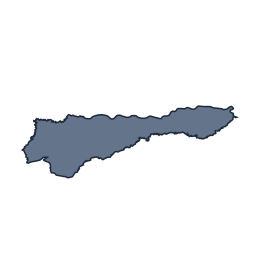 outline of Aruanã, Goiás, Brazil, rotated 75°
{"feature_id": "56859067B62822516330396", "entity_name": "Aruanã", "entity_type": "district", "adm_level": 2, "iso_a3": "BRA", "parent_name": "Brazil", "parent_adm1": "Goiás", "projection": "natural_earth1", "projection_center": [-50.939, -14.716], "detail": "fine", "context": "isolated", "style": "filled", "palette": "slate", "viewbox_px": 256, "rotation_deg": 75, "n_neighbors": 0, "source": "geoboundaries", "source_scale": "gbopen_adm2", "svg_char_len": 5975}
<svg xmlns="http://www.w3.org/2000/svg" viewBox="0 0 256 256"><g transform="rotate(75 128 128)"><path d="M109.1,163.3L107.9,166.2L107.0,167.5L105.7,167.8L105.1,168.6L105.5,169.1L105.3,169.7L104.8,169.9L104.5,170.9L103.9,171.2L104.5,172.8L104.0,174.0L103.2,175.1L102.8,176.5L101.6,177.5L101.4,178.3L101.6,179.6L100.9,180.2L99.8,181.8L100.2,182.8L101.6,184.6L101.9,184.1L102.5,184.1L103.1,185.1L103.1,186.8L103.3,187.4L103.8,187.3L103.9,186.6L104.9,187.4L104.7,188.3L105.3,188.9L104.8,189.5L105.4,190.5L105.2,191.1L104.1,191.2L103.7,191.5L103.8,192.3L104.3,193.1L104.3,196.1L103.5,196.0L103.1,196.4L103.7,196.9L102.8,198.4L102.3,198.3L102.6,198.8L102.3,200.1L101.2,199.4L99.8,200.5L99.7,202.9L99.2,203.1L99.5,203.7L100.0,203.4L100.1,204.8L98.5,205.9L98.9,206.3L98.8,207.2L98.1,207.1L97.9,207.6L98.3,208.6L97.5,209.5L97.1,209.7L97.0,210.3L97.7,211.1L97.0,211.6L96.9,212.3L96.0,212.4L96.2,213.6L95.7,213.5L95.3,213.8L95.8,214.7L96.7,215.0L96.9,216.6L96.6,217.1L97.5,217.2L97.9,215.8L98.5,215.8L98.8,214.7L99.4,214.7L100.0,215.6L100.1,216.2L100.5,216.5L100.5,217.2L101.2,217.2L101.3,216.5L101.7,216.0L102.0,216.6L102.9,216.6L103.4,217.1L103.7,216.7L104.6,216.5L105.5,217.4L105.2,217.6L105.5,218.2L106.3,218.3L106.8,218.1L107.1,218.5L108.5,219.3L108.3,218.6L108.9,218.9L109.5,219.7L110.1,219.4L110.4,219.9L111.1,220.3L110.7,220.7L111.2,221.3L111.6,221.2L112.3,222.2L111.5,222.7L111.5,223.3L112.2,224.3L112.7,224.2L113.0,224.6L113.7,224.3L113.7,223.6L114.1,222.9L114.4,223.6L114.6,224.9L115.4,226.0L115.2,226.6L116.6,228.0L118.0,228.9L118.3,230.1L118.2,230.7L118.7,230.9L119.3,232.1L119.4,232.8L120.0,233.1L120.5,232.8L120.8,233.2L120.8,233.8L121.6,234.5L121.5,235.1L121.9,235.8L123.1,234.4L126.7,233.8L127.4,233.2L128.4,233.5L129.4,234.2L131.0,232.6L132.0,233.6L133.0,232.8L134.3,234.1L135.3,234.7L136.2,233.2L135.8,231.5L135.7,229.9L136.1,225.2L136.2,221.3L134.5,217.5L135.0,214.6L135.4,213.6L136.9,217.8L137.5,217.7L139.4,215.4L140.3,213.7L142.0,212.6L143.1,212.5L145.4,212.8L146.4,213.6L147.8,213.4L149.1,213.9L151.4,213.6L151.8,212.6L152.2,211.2L153.5,210.1L154.9,209.5L156.7,205.8L157.5,204.0L158.1,203.0L158.9,200.8L160.1,199.6L160.6,198.2L160.7,196.8L160.6,194.2L157.2,190.4L157.5,189.7L157.6,188.9L157.3,188.1L155.9,187.5L155.9,186.8L154.9,185.8L154.7,186.4L153.4,185.5L153.1,184.8L152.6,184.3L152.5,182.3L152.1,181.9L152.1,180.7L151.5,181.0L150.6,180.2L150.0,179.3L149.8,178.4L148.8,177.7L149.5,176.5L148.9,176.2L149.3,175.7L149.2,174.8L149.6,174.0L149.3,172.4L147.9,172.0L147.4,170.8L147.6,169.1L147.8,168.6L147.4,167.5L147.8,166.7L148.2,165.0L148.7,164.3L149.5,164.4L150.0,163.5L149.5,163.2L149.9,162.6L149.9,162.1L152.0,160.7L152.0,159.6L151.5,159.0L151.4,157.2L151.0,155.9L151.0,155.1L151.6,152.7L150.8,151.7L150.2,151.3L150.0,150.6L149.6,150.9L149.4,150.0L149.1,149.4L149.2,148.8L148.2,147.8L147.6,146.4L147.9,145.2L148.5,143.9L148.4,142.9L148.1,142.5L148.1,140.6L147.7,139.8L148.1,139.1L148.0,137.8L147.5,137.4L147.1,137.4L147.2,136.9L146.5,136.2L146.0,135.2L146.4,134.7L146.1,134.3L146.2,133.3L147.0,132.9L147.3,131.1L145.8,130.3L146.1,129.5L145.5,129.3L146.6,128.5L145.5,126.1L145.6,125.5L145.3,124.9L144.2,124.3L143.7,123.7L144.1,123.1L143.7,122.8L143.3,122.8L143.3,122.2L143.0,121.8L143.5,121.3L143.2,120.5L141.8,119.4L141.0,119.5L140.8,120.1L140.1,119.1L140.4,118.4L141.3,117.8L141.5,116.5L141.8,116.0L141.6,115.2L142.3,115.2L142.3,114.5L142.9,114.1L143.3,113.0L144.4,113.1L144.9,113.6L145.7,112.2L145.3,111.8L145.2,111.1L143.9,110.6L142.9,111.3L142.2,111.1L142.1,110.5L142.2,109.3L141.7,109.5L141.6,108.6L141.1,108.1L139.9,107.5L140.2,106.2L140.1,105.2L141.0,104.9L140.9,103.9L140.3,103.5L141.4,102.5L141.0,102.0L141.4,101.7L140.9,101.2L141.3,100.6L141.9,100.8L142.2,100.2L143.0,100.0L142.8,99.4L142.2,99.1L143.4,96.9L142.9,95.7L142.9,94.3L142.7,93.5L143.8,92.8L143.8,91.7L143.6,91.1L143.3,89.3L143.5,88.7L143.3,87.9L143.8,87.2L143.8,86.5L144.7,85.1L145.8,84.5L145.8,83.8L145.4,83.5L144.5,83.5L144.6,82.9L146.1,82.3L145.8,81.6L145.9,80.9L145.4,80.4L146.2,79.2L146.1,78.5L146.4,77.5L145.9,76.4L146.6,75.9L147.0,75.1L147.9,74.8L148.4,73.9L149.1,73.6L149.2,72.4L148.8,71.9L149.7,71.8L149.9,72.6L150.4,72.7L151.1,71.2L152.1,71.0L151.6,69.1L152.4,69.1L152.8,67.7L152.7,66.5L153.6,64.9L152.7,65.0L152.4,64.6L152.4,64.0L152.7,63.4L153.3,63.3L153.7,63.7L155.2,64.2L155.3,63.4L155.8,62.5L156.7,61.4L156.9,60.9L156.8,59.7L157.5,59.5L157.9,57.9L158.0,57.1L157.3,55.3L157.9,54.3L157.5,53.8L156.9,54.0L156.6,53.3L156.8,52.2L156.5,51.8L156.5,51.1L156.2,50.3L156.7,49.7L156.9,48.1L156.7,47.4L156.1,47.2L155.8,45.9L156.1,45.3L156.0,44.7L155.5,44.4L154.4,44.7L153.3,44.4L153.2,43.8L154.2,42.4L154.0,41.4L154.4,40.7L154.0,40.5L153.4,40.7L153.6,39.5L152.7,38.9L152.6,37.0L152.0,37.5L151.8,36.8L151.9,36.0L151.6,35.0L151.8,33.3L151.0,32.6L150.8,32.1L150.9,31.3L149.7,30.7L149.1,29.7L148.8,28.2L147.6,27.3L147.9,26.4L146.7,24.4L145.2,23.9L144.7,23.3L144.7,22.6L145.4,21.7L145.8,21.4L145.7,20.2L144.1,22.5L142.8,23.2L141.7,22.5L141.2,22.6L140.8,22.9L140.3,23.8L138.8,25.1L138.1,25.1L137.6,24.8L137.2,23.8L137.1,22.2L136.8,21.5L136.3,21.2L135.6,21.4L134.2,22.2L133.9,22.7L133.9,24.1L135.4,27.9L134.9,31.0L134.7,31.6L133.8,32.2L133.4,32.8L133.1,34.1L131.4,38.2L130.8,40.3L128.7,42.7L126.9,49.2L125.1,54.2L125.2,55.4L126.6,57.6L126.9,59.4L126.5,61.0L123.7,65.0L123.6,65.9L124.1,67.9L124.1,68.6L123.0,71.3L122.2,74.8L122.4,75.6L123.5,76.8L124.1,77.9L124.1,79.0L123.5,80.0L123.3,80.8L123.5,81.7L124.2,83.0L125.3,83.7L126.4,85.5L126.6,86.5L125.9,89.5L125.9,90.8L126.3,92.1L127.4,93.3L127.4,94.1L127.2,94.9L126.1,96.5L124.9,99.0L122.4,103.0L122.2,104.3L123.0,107.5L122.9,109.7L121.9,112.8L120.6,115.1L120.2,115.7L118.5,116.8L117.8,118.0L117.1,121.2L117.1,121.8L117.9,123.4L117.4,126.6L116.0,128.7L115.5,130.0L113.8,132.0L113.1,134.2L113.1,135.2L113.3,136.0L115.1,138.7L115.3,140.8L115.1,141.5L114.2,142.6L111.2,144.5L110.2,146.0L108.4,149.8L107.7,153.4L107.7,157.1L107.9,159.0L108.2,159.8L109.0,161.0L109.1,161.8L109.1,163.3Z" fill="#64748b" stroke="#1e293b" stroke-width="1.5"/></g></svg>